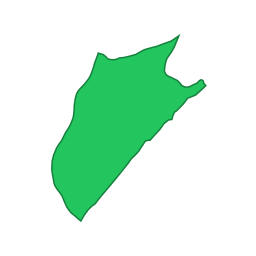 the district of Djouè, Haut-Ogooué, Gabon, rotated 192°
{"feature_id": "22940354B62509297980866", "entity_name": "Djouè", "entity_type": "district", "adm_level": 2, "iso_a3": "GAB", "parent_name": "Gabon", "parent_adm1": "Haut-Ogooué", "projection": "equal_earth", "projection_center": [14.27, -0.747], "detail": "fine", "context": "isolated", "style": "filled", "palette": "green", "viewbox_px": 256, "rotation_deg": 192, "n_neighbors": 0, "source": "geoboundaries", "source_scale": "gbopen_adm2", "svg_char_len": 1558}
<svg xmlns="http://www.w3.org/2000/svg" viewBox="0 0 256 256"><g transform="rotate(192 128 128)"><path d="M172.7,195.1L172.9,192.6L174.2,184.1L174.4,180.2L174.9,175.9L175.6,171.8L176.6,168.4L177.7,165.8L179.7,161.9L181.2,159.4L183.1,156.4L184.6,153.5L185.4,150.6L185.7,146.4L185.5,143.3L185.2,138.3L184.5,135.0L184.0,130.5L183.8,126.7L184.3,123.2L185.1,119.3L186.2,115.4L188.1,110.6L188.9,107.5L190.5,101.4L191.9,98.5L193.0,95.7L193.8,93.1L194.4,89.9L195.1,86.1L195.3,80.0L194.6,75.5L194.0,71.9L192.8,68.4L192.0,66.3L190.3,62.3L188.9,58.7L187.7,56.6L185.4,54.2L183.5,52.4L180.5,49.9L178.5,47.9L177.2,46.2L175.7,43.9L173.9,41.3L171.4,38.0L169.0,35.6L165.9,33.1L161.3,30.8L157.7,28.7L154.8,27.2L152.7,33.7L149.8,40.1L147.2,43.9L144.4,47.0L140.8,54.5L129.8,75.1L120.5,93.5L118.6,98.2L114.5,104.4L112.7,107.5L111.2,111.6L108.3,118.8L106.0,120.1L103.9,120.6L100.1,127.3L96.6,133.1L93.7,139.8L90.0,144.3L86.8,145.5L86.7,149.1L85.8,153.2L84.0,154.9L79.0,162.9L76.9,167.2L75.7,169.7L73.3,171.2L68.7,174.3L63.4,181.6L60.7,185.6L62.9,187.3L64.5,190.0L66.4,190.4L68.0,189.2L69.8,186.3L73.2,183.8L75.9,181.6L78.3,180.3L80.8,180.0L84.2,180.7L86.4,182.6L89.5,184.7L96.1,186.4L100.0,187.2L102.0,188.3L104.2,191.1L104.8,196.2L104.8,200.2L104.4,204.0L101.4,211.0L99.6,216.7L98.5,223.0L97.4,228.8L98.7,227.4L104.0,221.9L110.4,218.0L116.9,213.8L123.4,210.6L128.4,207.9L131.5,205.3L135.6,201.6L140.5,199.0L146.0,196.4L151.2,194.6L153.9,192.6L157.0,191.6L159.7,191.3L162.4,191.5L164.4,193.1L167.5,194.7L172.7,195.1Z" fill="#22c55e" stroke="#15803d" stroke-width="1.5"/></g></svg>